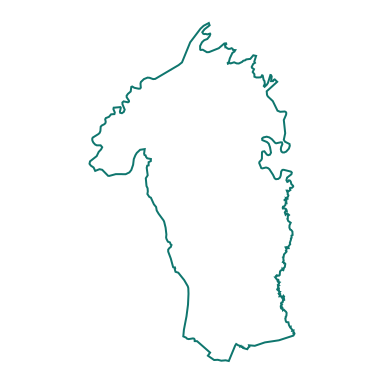 the district of Mueang Surat Thani, Surat Thani, Thailand
{"feature_id": "78962969B86261158660404", "entity_name": "Mueang Surat Thani", "entity_type": "district", "adm_level": 2, "iso_a3": "THA", "parent_name": "Thailand", "parent_adm1": "Surat Thani", "projection": "albers", "projection_center": [99.361, 9.1], "detail": "fine", "context": "isolated", "style": "outline", "palette": "teal", "viewbox_px": 384, "rotation_deg": 0, "n_neighbors": 0, "source": "geoboundaries", "source_scale": "gbopen_adm2", "svg_char_len": 6005}
<svg xmlns="http://www.w3.org/2000/svg" viewBox="0 0 384 384"><path d="M247.3,349.2L248.4,347.4L249.4,346.7L249.0,345.3L254.8,345.8L264.9,342.4L278.9,340.3L293.4,335.6L294.5,333.7L294.2,332.9L293.4,333.1L293.5,330.4L292.2,330.7L292.4,330.0L290.7,327.9L290.7,326.8L290.0,327.1L288.9,324.9L288.4,322.3L286.4,322.1L285.7,320.8L285.3,318.3L285.8,317.7L285.7,316.7L286.4,315.8L286.6,312.9L286.1,311.9L283.7,309.6L282.9,310.2L282.8,309.5L282.2,309.1L282.3,308.1L281.5,308.2L281.6,307.1L280.9,307.4L280.8,306.7L281.5,306.6L281.0,305.6L281.9,304.4L281.2,304.1L281.0,303.5L281.4,302.6L282.7,302.1L283.0,300.6L282.7,299.5L283.3,300.5L284.0,300.0L283.1,299.0L284.0,298.7L283.7,297.6L284.1,296.6L283.5,295.9L282.9,297.3L282.1,296.7L281.7,297.2L281.0,296.2L279.5,296.3L280.1,294.7L279.3,294.3L279.8,293.6L278.9,293.3L279.9,291.9L279.2,291.8L278.9,290.1L278.4,290.6L278.0,290.2L278.4,289.4L277.4,289.3L277.7,288.7L278.5,289.0L278.9,288.4L278.6,287.8L278.0,287.8L278.4,287.0L278.0,286.2L278.6,285.7L278.1,285.6L277.9,284.9L278.6,284.5L279.0,283.6L278.7,283.0L279.5,282.3L278.0,281.7L277.7,281.2L278.5,280.7L278.3,279.8L276.9,279.5L275.2,277.3L275.8,277.2L275.9,276.1L276.6,275.4L277.1,275.9L277.7,275.4L278.9,275.7L279.7,275.0L280.0,271.6L280.7,270.5L282.0,270.1L282.3,268.7L283.4,269.8L284.0,267.8L284.8,267.0L285.3,263.9L284.6,263.1L284.0,263.2L283.9,262.5L282.9,262.1L283.7,260.5L283.3,258.8L283.5,257.6L283.1,257.2L283.6,256.8L284.0,254.4L286.5,251.7L285.9,250.7L286.4,250.2L286.4,249.0L285.6,247.3L286.7,247.1L287.8,248.1L288.6,248.1L288.2,246.8L290.2,244.1L289.8,243.0L291.0,239.5L290.9,238.4L291.6,237.8L291.5,235.6L292.6,235.0L292.4,231.5L291.1,229.9L290.2,229.6L289.4,227.7L289.5,225.4L290.7,222.7L288.3,221.1L287.4,218.9L287.8,218.6L287.8,216.1L289.0,215.0L288.2,214.2L287.1,214.2L286.9,213.5L285.6,214.7L284.8,212.4L285.4,211.4L286.8,211.0L286.5,210.0L285.9,209.9L285.8,208.9L284.4,208.4L282.9,208.5L282.7,207.9L283.0,206.7L283.9,206.5L285.3,205.1L285.7,203.2L286.3,203.2L285.9,202.4L286.4,202.0L285.8,200.4L284.6,200.3L284.5,200.0L285.3,199.2L286.6,199.7L286.9,199.1L286.3,198.1L287.5,198.4L287.3,197.2L288.0,196.6L288.4,195.3L287.6,194.1L287.8,193.1L286.8,190.6L287.4,190.6L287.7,191.6L288.4,191.4L290.4,190.0L289.9,188.8L290.1,187.9L291.8,187.9L293.2,186.6L293.1,185.8L291.3,184.0L290.8,181.8L290.0,180.6L288.9,180.3L287.9,181.7L287.3,181.9L286.4,180.2L287.1,177.6L291.4,174.3L291.8,172.5L290.9,171.6L283.7,169.8L282.4,169.9L281.2,171.5L280.7,175.6L279.9,177.6L278.3,178.9L276.0,179.2L274.7,178.4L273.0,174.8L269.3,169.1L267.8,168.0L266.0,167.5L262.4,168.4L261.3,168.1L259.2,163.0L259.5,161.8L261.3,160.0L261.9,158.7L262.0,152.3L262.5,151.6L264.4,151.3L266.8,154.5L268.2,155.2L269.9,154.7L271.0,152.7L270.0,147.2L268.7,143.6L266.9,142.0L262.3,140.1L262.1,138.5L263.4,137.4L266.7,136.7L269.3,137.4L271.9,139.2L275.1,142.8L276.1,143.3L280.7,142.3L281.9,142.4L282.4,144.1L281.2,146.9L280.8,149.2L281.4,151.5L282.5,152.4L284.1,152.5L286.2,151.6L288.9,148.6L289.8,145.8L289.5,144.0L285.0,141.7L283.8,139.8L285.2,133.2L283.8,120.0L286.1,114.7L286.3,113.0L285.9,112.1L284.8,111.5L280.2,111.8L277.5,110.7L272.8,101.1L267.8,96.4L267.0,94.8L266.7,91.3L277.2,81.8L274.7,79.4L273.7,79.9L273.0,81.1L271.1,81.1L271.7,76.4L271.0,75.1L270.4,75.0L268.0,82.8L266.9,84.6L264.6,86.8L263.8,86.0L264.8,83.9L264.5,81.1L263.6,79.8L262.7,75.6L262.1,75.3L261.0,77.1L260.3,77.4L256.4,77.5L254.4,76.7L254.4,74.2L252.7,72.0L254.0,69.2L251.9,67.7L251.7,66.9L253.3,63.8L255.0,62.8L254.3,61.6L256.1,55.9L253.3,55.3L250.3,58.9L246.2,59.4L245.4,60.2L243.2,60.8L242.1,61.9L238.8,63.5L236.7,63.4L234.1,62.3L230.7,63.4L229.8,63.0L227.9,63.7L227.7,62.9L228.9,62.0L229.8,58.4L232.4,52.9L234.4,51.6L235.3,50.1L233.0,49.9L232.5,48.7L231.5,48.2L230.1,48.8L228.6,48.9L227.4,48.4L226.0,47.2L225.4,47.3L225.0,45.3L226.3,44.1L226.0,43.3L224.3,43.5L218.8,48.2L209.0,52.1L206.9,52.2L202.7,49.7L200.8,50.0L200.2,49.6L200.1,46.0L202.0,42.3L204.2,40.2L207.3,39.0L209.6,36.1L210.3,34.1L210.0,33.6L207.3,34.4L205.6,33.9L204.2,34.1L203.2,33.7L202.3,32.2L204.5,29.3L209.6,25.3L208.8,23.0L203.6,25.8L200.5,28.7L190.2,42.3L182.0,62.4L178.6,65.1L155.2,78.9L153.1,79.1L149.6,77.8L147.6,77.6L143.9,79.1L140.9,82.0L140.5,83.6L140.8,87.7L140.0,88.6L138.6,88.7L134.4,87.8L132.2,86.5L131.3,86.9L130.7,91.5L127.9,93.9L126.6,95.8L126.7,97.3L128.9,100.6L129.0,101.6L128.0,102.3L123.6,101.4L122.4,102.5L122.5,104.4L124.7,109.6L123.8,111.9L121.9,113.2L120.2,112.8L119.9,111.7L120.8,107.8L120.4,107.1L113.7,107.7L113.4,109.1L114.8,112.5L114.4,114.1L111.1,114.3L109.0,116.8L105.8,118.1L105.2,119.3L105.7,121.7L105.5,122.9L104.5,124.1L101.8,125.5L100.7,126.7L100.4,131.0L99.7,132.8L98.5,134.0L92.7,137.6L92.2,138.9L92.4,140.6L93.3,142.5L95.1,144.5L96.7,145.3L100.6,145.3L102.2,147.2L101.1,149.4L98.7,151.9L96.7,156.1L90.0,161.4L89.5,163.8L90.8,165.6L93.6,167.5L95.2,170.9L99.5,169.2L102.2,169.8L108.1,175.8L109.3,175.9L115.9,174.1L125.7,174.2L129.4,172.4L131.3,170.0L133.1,164.8L133.8,159.1L135.4,155.2L136.8,152.9L140.1,149.8L144.7,149.1L144.1,153.6L144.5,155.0L145.6,155.4L146.0,156.8L147.2,158.3L150.9,159.0L150.8,161.1L148.6,162.2L148.6,165.4L147.2,165.7L146.7,167.8L147.7,175.3L145.8,178.3L146.5,186.0L147.6,188.3L147.8,191.5L147.4,194.0L149.3,196.9L150.9,197.7L153.9,204.3L156.1,207.0L156.7,210.5L158.6,213.7L163.6,220.5L164.2,221.9L165.6,227.7L166.4,234.5L166.1,237.5L166.5,239.0L167.9,241.7L169.9,242.4L170.7,244.4L171.5,245.0L170.7,247.1L169.6,247.8L168.2,249.6L168.2,251.6L170.8,258.6L173.1,267.1L173.5,267.5L174.9,267.4L175.2,268.5L174.8,269.3L175.5,271.8L178.3,272.7L184.2,280.1L187.8,286.3L188.3,288.1L188.5,293.8L188.0,304.7L186.5,316.3L183.9,329.8L183.3,336.4L186.0,337.6L187.1,338.7L188.7,339.1L193.0,338.4L194.1,338.7L194.6,339.4L194.7,341.1L197.1,341.2L210.1,352.6L207.9,355.7L214.1,360.0L217.8,359.8L221.3,360.7L225.6,360.3L228.8,361.0L235.2,345.5L236.2,344.0L238.4,345.4L240.0,345.8L240.1,346.5L240.8,346.1L240.9,346.5L242.1,346.6L242.0,347.1L243.0,347.3L243.1,347.9L243.8,347.8L244.0,348.3L247.3,349.2Z" fill="none" stroke="#0f766e" stroke-width="2"/></svg>